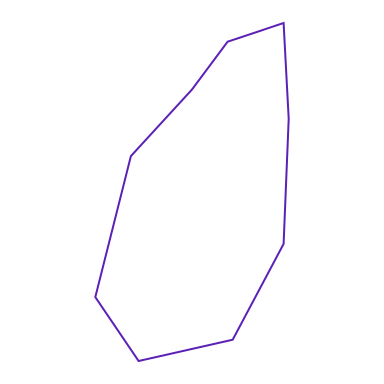 SVG path tracing the border of Redonda
{"feature_id": "ATG-5092", "entity_name": "Redonda", "entity_type": "Dependency", "adm_level": 1, "iso_a3": "ATG", "parent_name": "Antigua and Barbuda", "parent_adm1": "", "projection": "albers", "projection_center": [-62.345, 16.936], "detail": "fine", "context": "isolated", "style": "outline", "palette": "violet", "viewbox_px": 384, "rotation_deg": 0, "n_neighbors": 0, "source": "natural_earth", "source_scale": "10m", "svg_char_len": 242}
<svg xmlns="http://www.w3.org/2000/svg" viewBox="0 0 384 384"><path d="M192.0,89.5L227.6,41.7L283.6,23.0L288.7,118.8L283.6,243.9L232.7,339.7L138.6,361.0L95.3,297.1L130.9,156.1L192.0,89.5Z" fill="none" stroke="#5b21b6" stroke-width="2"/></svg>